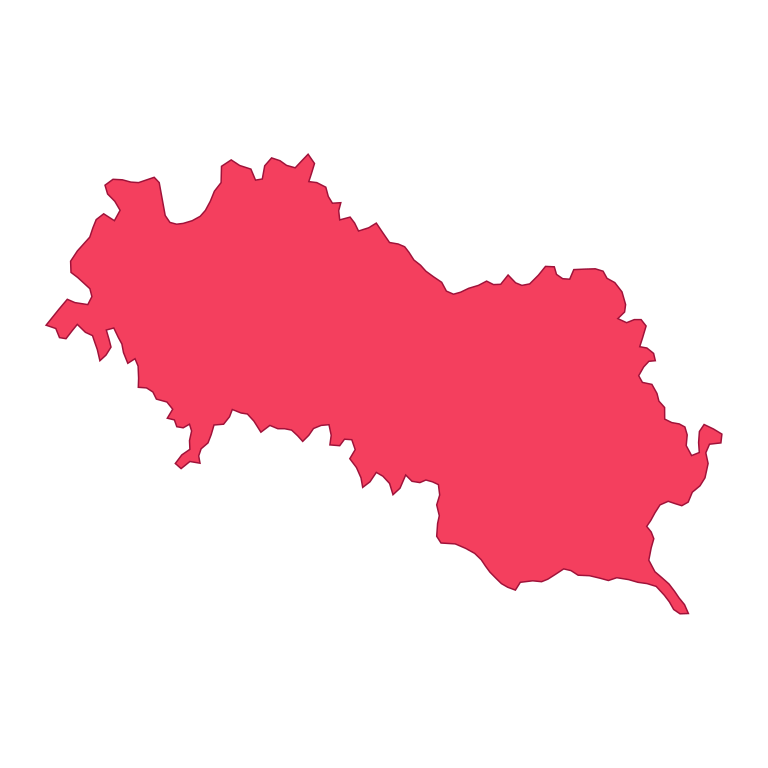 Douradoquara, Minas Gerais, Brazil
{"feature_id": "56859067B52593850963568", "entity_name": "Douradoquara", "entity_type": "district", "adm_level": 2, "iso_a3": "BRA", "parent_name": "Brazil", "parent_adm1": "Minas Gerais", "projection": "natural_earth1", "projection_center": [-47.608, -18.443], "detail": "fine", "context": "isolated", "style": "filled", "palette": "rose", "viewbox_px": 768, "rotation_deg": 0, "n_neighbors": 0, "source": "geoboundaries", "source_scale": "gbopen_adm2", "svg_char_len": 3468}
<svg xmlns="http://www.w3.org/2000/svg" viewBox="0 0 768 768"><path d="M250.9,169.1L239.7,165.5L231.2,159.9L221.5,166.3L221.1,182.6L214.4,191.2L210.3,201.3L205.4,210.4L200.2,216.3L192.2,220.7L183.2,223.4L176.6,224.2L169.9,222.4L165.2,215.5L159.2,182.6L154.2,177.3L138.6,182.6L130.9,182.1L122.4,179.8L113.0,179.3L105.0,185.2L107.6,194.0L114.8,201.3L120.1,210.3L114.4,220.7L103.7,213.8L96.2,219.6L92.9,227.8L89.8,237.1L77.4,250.9L70.6,261.2L71.0,272.4L77.7,277.5L89.9,288.7L91.9,296.6L87.8,304.6L74.9,302.6L67.3,299.3L59.2,308.9L46.1,325.2L55.8,328.5L59.5,337.6L66.0,338.7L72.1,330.8L77.3,324.4L85.4,332.3L92.5,335.6L94.9,342.7L97.3,349.5L99.9,360.7L106.0,355.1L111.0,347.1L109.1,339.6L106.3,330.0L113.8,328.0L118.4,337.6L121.9,344.0L123.5,352.6L127.8,363.3L135.0,358.7L138.1,366.1L138.6,378.2L138.3,387.3L146.5,387.9L152.9,392.0L156.4,399.1L166.9,402.0L172.7,409.2L167.3,418.2L174.4,419.9L176.8,426.7L183.2,427.8L189.5,424.2L191.6,431.0L189.5,440.6L189.9,449.3L181.8,454.9L175.3,463.5L181.1,468.6L189.9,461.5L200.0,463.2L198.7,455.9L201.1,448.8L208.0,442.9L211.2,434.6L214.0,425.0L223.6,424.2L229.5,416.8L232.3,409.5L241.1,413.0L247.4,414.0L253.9,421.1L260.9,432.2L269.9,425.4L277.8,428.7L284.5,428.7L291.6,430.1L297.6,435.7L302.7,441.4L308.8,435.3L313.5,428.5L321.1,425.4L329.0,424.7L331.2,435.3L329.9,444.9L339.7,445.7L344.5,439.2L351.8,439.7L355.2,449.6L349.8,458.7L356.5,467.6L361.0,477.8L362.7,487.4L370.0,481.8L376.3,472.4L382.9,476.2L389.6,483.5L393.0,494.7L400.0,488.2L405.7,475.0L412.0,481.3L419.9,482.6L425.9,480.0L432.4,481.8L438.4,484.6L439.7,495.0L436.7,504.9L439.3,515.7L437.6,523.5L436.7,536.3L441.0,543.0L455.2,543.9L465.5,548.3L474.7,553.4L481.2,559.7L485.5,566.1L489.9,572.1L495.9,578.2L501.4,583.6L507.8,587.3L515.4,590.1L520.3,582.3L532.7,580.8L541.6,581.7L547.8,579.2L555.8,574.1L563.7,568.9L571.0,570.6L578.1,575.2L589.5,575.7L600.0,578.2L608.4,580.5L616.8,577.7L628.6,579.6L637.9,582.3L647.1,583.6L656.2,586.4L664.3,595.2L669.4,601.9L673.7,609.5L680.0,613.8L688.4,613.5L684.5,604.6L679.1,598.0L674.7,591.5L669.0,584.0L661.9,577.7L654.9,571.7L648.8,560.2L651.2,547.8L653.8,538.7L651.2,532.0L646.7,526.4L650.8,520.4L654.9,512.9L660.0,504.9L668.2,501.3L675.3,503.7L681.8,505.7L688.2,502.1L692.3,492.2L700.0,485.8L705.0,477.8L708.1,463.5L705.8,452.8L709.5,444.2L720.9,442.9L721.9,434.1L713.5,429.0L704.1,424.5L699.4,431.5L698.6,442.5L699.3,452.5L691.6,455.6L686.2,445.6L687.2,434.9L684.9,427.0L679.2,423.9L671.8,422.6L664.7,419.1L664.6,407.5L658.9,401.1L657.0,393.5L651.9,384.4L642.4,382.4L638.7,375.7L643.7,366.9L648.9,361.3L655.3,360.7L653.6,353.4L646.9,348.0L639.7,346.7L642.4,338.4L646.1,326.0L641.1,319.6L634.3,319.6L626.6,322.7L617.8,318.6L624.6,312.0L625.6,304.6L622.0,291.9L614.8,282.6L607.0,278.3L603.1,271.2L595.3,268.8L585.2,269.1L573.8,269.6L569.7,279.2L562.7,278.7L556.5,274.4L554.3,266.8L545.5,266.4L538.4,275.2L529.7,283.9L521.9,285.4L515.6,282.8L508.1,275.0L500.7,284.3L493.5,284.6L486.6,281.1L478.4,285.4L468.7,288.3L460.6,292.2L453.5,294.2L446.4,291.1L441.7,282.3L433.4,276.7L425.9,271.2L420.6,265.3L413.9,260.0L409.0,252.4L404.7,246.8L398.2,244.0L389.5,242.5L382.5,232.3L376.3,223.1L368.6,227.8L358.5,231.0L354.6,223.0L350.1,217.1L339.7,219.9L338.7,210.7L340.8,202.7L332.4,203.2L328.3,196.5L325.8,187.2L316.8,182.6L308.8,181.6L311.4,173.7L314.5,163.5L308.1,154.2L301.3,161.3L295.2,167.8L286.6,165.4L280.0,160.7L271.6,157.9L264.7,165.8L262.3,179.0L255.5,180.1L250.9,169.1Z" fill="#f43f5e" stroke="#9f1239" stroke-width="1.5"/></svg>